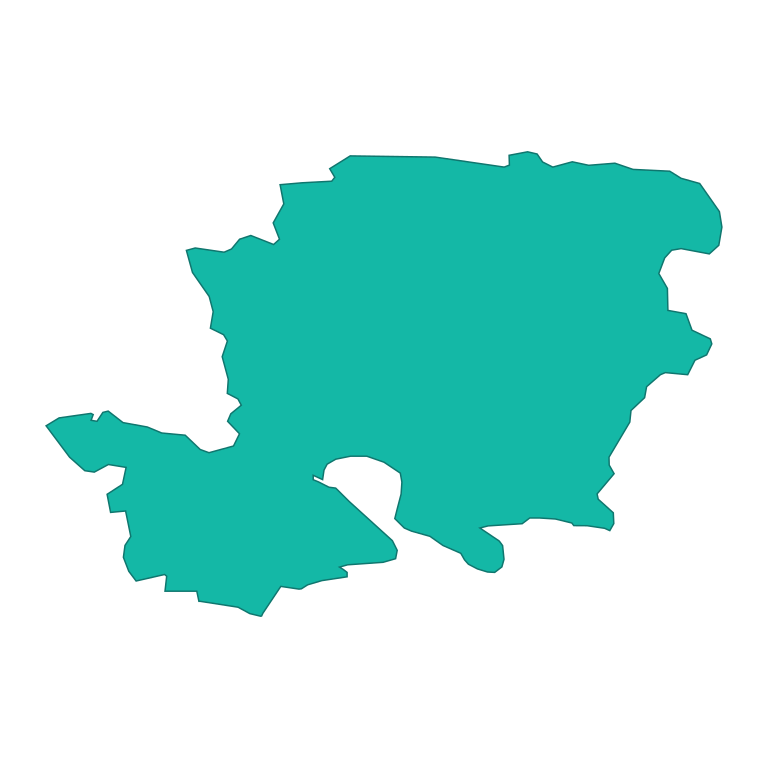 Hampshire, Natural Earth projection
{"feature_id": "GBR-2035", "entity_name": "Hampshire", "entity_type": "Administrative County", "adm_level": 1, "iso_a3": "GBR", "parent_name": "United Kingdom", "parent_adm1": "", "projection": "natural_earth1", "projection_center": [-1.337, 51.048], "detail": "fine", "context": "isolated", "style": "filled", "palette": "teal", "viewbox_px": 768, "rotation_deg": 0, "n_neighbors": 0, "source": "natural_earth", "source_scale": "10m", "svg_char_len": 2211}
<svg xmlns="http://www.w3.org/2000/svg" viewBox="0 0 768 768"><path d="M609.8,530.6L604.6,528.3L587.1,525.7L573.8,525.6L571.8,523.0L555.4,519.0L539.8,518.0L529.7,518.0L522.2,523.7L488.1,525.9L479.9,528.0L499.3,541.1L502.6,545.6L504.0,559.3L501.9,566.9L494.7,572.4L487.5,572.0L477.4,568.9L468.4,564.2L464.5,559.8L460.8,553.3L443.0,545.5L429.9,536.3L411.7,531.2L404.3,528.0L394.8,518.6L397.2,509.0L401.1,494.1L401.9,482.1L400.3,473.1L384.0,462.2L366.8,456.2L350.5,456.2L335.7,459.2L327.1,464.2L324.0,470.1L322.6,479.6L313.2,475.3L313.2,479.7L318.7,482.0L328.9,487.2L335.7,488.1L349.2,501.5L392.4,540.7L397.2,550.3L395.6,558.7L383.1,562.3L347.6,564.8L339.5,567.1L343.5,569.6L347.1,572.4L347.1,576.8L321.9,580.6L307.7,584.8L301.4,588.8L299.0,589.1L280.8,586.4L262.9,613.2L261.6,616.0L260.6,616.2L249.8,613.6L238.0,607.2L200.1,601.3L198.9,601.3L196.8,591.2L165.0,591.2L166.7,576.2L164.6,574.5L136.1,581.0L128.8,571.3L123.4,557.3L125.0,545.4L130.8,536.5L125.6,511.0L110.6,512.4L107.1,494.3L122.5,484.3L126.1,467.4L108.4,464.5L94.3,472.1L84.8,470.7L69.6,457.2L46.1,425.8L59.1,417.9L90.9,413.4L93.2,414.6L91.1,420.3L97.0,421.3L102.9,412.4L108.2,411.1L123.0,422.6L147.3,427.0L161.7,433.0L185.2,435.2L200.2,449.5L209.0,452.7L233.5,446.0L239.5,433.8L227.6,421.3L230.8,413.8L241.3,405.2L237.9,398.9L227.3,393.4L228.3,379.3L222.2,356.7L227.4,341.0L223.6,334.7L210.4,328.2L213.2,311.6L209.2,296.5L192.5,272.5L186.4,250.4L195.2,248.0L224.1,252.2L231.5,249.0L239.6,239.2L250.8,235.5L273.6,244.5L279.5,239.2L273.2,222.9L283.8,203.9L280.1,184.7L302.0,182.8L331.7,181.2L334.8,177.3L329.7,168.7L350.2,155.9L435.2,157.1L504.2,167.1L509.4,165.1L509.1,155.3L527.6,151.8L537.1,154.0L542.6,162.0L552.8,167.1L572.3,161.8L588.7,165.3L614.9,163.2L633.0,169.4L651.4,170.3L669.7,171.2L681.1,178.3L699.7,183.5L719.4,211.6L721.9,227.1L718.8,245.3L709.3,253.9L681.1,248.6L671.7,250.2L664.7,257.9L658.8,273.5L667.4,288.4L667.9,310.4L686.0,313.7L692.0,330.2L710.3,338.9L711.8,343.9L706.6,354.9L695.0,360.2L687.7,374.7L665.3,372.6L660.4,374.7L646.6,386.7L644.6,397.7L631.0,410.5L629.8,422.1L609.0,457.2L609.2,465.1L614.1,473.7L597.1,493.9L598.2,499.2L613.3,512.8L613.8,523.6L609.8,530.6Z" fill="#14b8a6" stroke="#0f766e" stroke-width="1.5"/></svg>